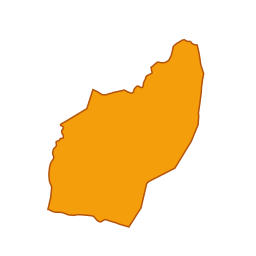 Caridad, Valle, Honduras (Albers equal-area conic projection), rotated 104°
{"feature_id": "27666195B77015637320307", "entity_name": "Caridad", "entity_type": "district", "adm_level": 2, "iso_a3": "HND", "parent_name": "Honduras", "parent_adm1": "Valle", "projection": "albers", "projection_center": [-87.706, 13.817], "detail": "fine", "context": "isolated", "style": "filled", "palette": "amber", "viewbox_px": 256, "rotation_deg": 104, "n_neighbors": 0, "source": "geoboundaries", "source_scale": "gbopen_adm2", "svg_char_len": 5286}
<svg xmlns="http://www.w3.org/2000/svg" viewBox="0 0 256 256"><g transform="rotate(104 128 128)"><path d="M223.8,103.2L202.5,96.1L177.2,96.4L174.6,94.6L155.6,72.8L125.6,63.4L107.9,60.8L99.5,62.2L96.5,63.3L87.4,64.2L79.5,65.1L76.1,65.5L70.6,66.5L62.9,67.4L57.1,67.7L49.0,72.7L42.7,75.3L38.0,77.3L30.7,81.0L30.8,81.5L30.9,82.0L31.0,82.5L31.0,82.9L31.0,83.2L31.0,83.9L30.9,84.7L30.8,85.3L30.7,85.7L30.6,86.1L30.4,86.4L30.3,86.6L30.2,86.8L29.8,87.1L29.6,87.4L29.4,87.6L29.3,87.9L29.2,88.1L29.1,88.3L29.0,88.5L29.0,88.8L29.0,89.0L29.1,89.4L29.2,89.6L29.3,89.9L29.4,90.1L29.4,90.4L29.4,90.9L29.5,91.4L29.5,92.2L29.5,92.3L29.1,93.5L28.7,94.7L29.3,95.9L29.7,96.7L30.1,97.1L31.9,98.8L33.4,100.5L33.8,100.8L34.2,101.2L35.1,101.9L35.7,102.3L36.3,102.7L36.7,103.0L37.3,103.4L37.5,103.5L38.0,103.7L38.3,103.7L38.6,103.8L39.1,103.8L39.6,103.8L40.3,103.7L41.4,103.6L41.9,103.6L42.1,103.5L43.7,103.6L45.6,103.6L46.7,103.6L47.1,103.6L47.3,103.6L50.0,104.2L51.7,104.6L52.2,104.7L52.3,104.7L52.4,104.8L53.0,105.3L53.4,105.7L54.2,106.4L55.0,107.3L55.4,107.8L55.5,107.9L55.6,108.1L55.7,108.4L56.0,109.3L56.5,110.9L56.6,111.5L56.6,111.8L56.7,112.0L56.7,112.9L56.7,113.4L56.7,113.8L56.8,114.5L56.9,115.0L57.0,115.2L57.0,115.3L57.1,115.5L57.6,115.9L58.2,116.4L58.8,116.8L59.5,117.3L60.4,117.9L61.6,118.6L61.8,118.8L62.0,118.9L62.1,119.0L62.5,119.4L62.8,119.7L63.0,119.9L63.2,120.0L63.4,120.2L63.7,120.3L63.9,120.3L64.0,120.3L64.1,120.2L64.2,119.9L64.3,119.8L65.8,119.3L66.7,119.0L66.9,118.9L67.0,118.8L67.4,118.5L67.6,118.4L68.0,118.2L68.4,118.1L68.6,118.0L68.9,118.1L69.0,118.1L69.3,118.3L69.5,118.5L69.9,119.0L70.3,119.5L71.3,120.6L71.8,121.1L72.0,121.5L72.2,121.8L72.4,121.9L72.5,122.1L72.8,122.4L73.1,122.6L73.3,122.7L73.5,122.8L73.8,122.9L74.1,123.0L74.4,123.0L74.6,123.0L74.8,123.0L75.0,123.0L75.5,122.9L75.8,122.9L76.3,123.0L77.2,123.2L77.5,123.3L79.0,123.6L79.6,123.6L79.9,123.7L81.0,123.8L81.4,123.8L81.7,123.7L82.1,123.6L82.7,123.6L83.2,123.5L83.6,123.5L83.9,123.5L84.2,123.6L84.7,123.6L84.9,123.7L85.0,123.8L85.3,124.1L85.4,124.3L85.5,124.5L85.5,125.1L85.5,125.4L85.4,125.8L85.3,126.5L85.2,126.9L85.0,127.5L85.0,127.8L84.9,128.1L84.9,128.4L85.0,128.7L85.0,128.9L85.1,129.1L85.2,129.3L85.4,129.4L85.6,129.6L85.9,129.9L86.6,130.3L87.5,130.8L87.9,131.0L88.4,131.3L88.5,131.3L89.7,131.4L91.0,131.5L91.9,131.7L92.4,131.7L92.5,131.8L92.8,132.0L93.0,132.2L93.1,132.4L93.2,132.5L93.3,132.9L93.4,133.3L93.4,133.6L93.4,134.0L93.3,134.5L93.2,135.2L93.1,135.5L93.1,135.9L93.1,136.7L93.0,137.1L93.0,137.3L93.0,137.6L92.9,137.8L92.6,138.5L92.5,138.9L92.3,139.4L92.3,139.8L92.2,140.3L92.2,140.9L92.3,141.2L92.3,141.5L92.6,142.0L93.1,142.5L93.3,142.8L93.5,143.2L93.6,143.5L93.7,143.9L94.0,144.6L94.2,145.0L94.7,146.0L95.4,147.3L95.7,147.8L96.1,148.7L96.5,149.8L96.9,150.4L97.0,150.8L97.3,151.1L97.4,151.3L97.9,152.0L98.2,152.3L98.3,152.5L98.5,152.9L98.7,153.2L98.8,153.5L99.1,154.3L99.3,154.6L99.5,155.0L99.8,155.4L100.2,156.0L100.4,156.3L100.7,156.8L100.9,157.1L101.1,157.6L101.3,158.1L101.5,158.7L101.6,159.1L101.7,159.5L101.7,159.9L101.8,160.3L101.8,160.6L101.8,160.9L101.8,161.1L101.8,161.5L101.7,161.8L101.6,162.2L101.4,162.9L101.0,163.9L100.8,164.6L100.2,166.6L100.0,167.4L99.9,167.8L99.8,168.5L99.4,170.4L99.2,171.3L119.2,172.6L137.9,191.3L138.6,192.1L139.4,193.0L140.0,193.6L140.2,193.8L140.5,194.0L140.8,194.2L141.0,194.3L141.4,194.2L141.5,194.2L141.8,193.8L141.9,193.6L142.0,193.4L142.0,193.2L142.0,192.9L142.0,192.7L142.1,192.3L142.2,191.9L142.4,191.7L142.5,191.5L142.6,191.4L142.8,191.2L143.1,191.0L143.2,190.9L143.4,190.9L143.6,190.8L143.8,190.8L144.2,190.8L144.4,190.9L144.8,190.9L145.0,191.0L145.4,191.2L145.9,191.4L146.1,191.5L146.3,191.6L146.5,191.6L146.8,191.6L147.1,191.5L147.4,191.5L147.8,191.3L148.1,191.2L148.4,191.1L148.9,190.8L149.2,190.5L149.6,190.3L149.7,190.2L149.8,190.0L149.9,189.8L150.0,189.5L150.1,189.4L150.9,189.1L152.5,188.5L152.6,188.4L152.8,188.4L153.0,188.4L153.3,188.4L153.4,188.5L153.6,188.7L153.7,188.8L153.8,188.9L153.8,189.0L154.0,189.7L154.1,190.0L154.2,190.4L154.3,190.7L154.4,190.9L154.5,191.1L156.1,191.4L156.2,191.5L156.7,191.9L157.1,192.4L157.4,192.8L157.6,193.1L158.0,193.6L158.2,193.9L158.4,194.0L158.5,194.2L158.7,194.3L158.8,194.3L159.0,194.4L159.4,194.3L159.8,194.1L160.1,194.0L160.9,193.7L161.1,193.5L161.4,193.5L161.7,193.4L162.0,193.3L162.6,193.3L162.8,193.3L163.2,193.4L163.4,193.5L163.8,193.7L164.0,193.8L164.4,193.9L165.1,194.4L165.4,194.6L165.8,194.8L166.0,194.9L166.3,195.0L166.5,195.1L166.8,195.1L167.2,195.2L168.2,195.2L168.7,195.2L169.6,195.1L170.3,195.1L170.7,195.0L170.9,194.9L171.6,194.6L171.9,194.4L172.4,194.1L172.9,193.9L173.1,193.6L173.4,193.4L173.5,193.3L173.8,193.1L174.1,193.0L174.3,192.9L174.6,192.9L174.9,192.8L175.2,192.8L175.6,192.9L176.1,193.0L176.6,193.2L177.2,193.3L177.4,193.4L178.1,193.7L180.3,194.4L182.3,194.6L185.0,194.6L188.0,194.2L190.4,193.9L193.0,193.3L195.8,192.4L198.8,191.3L201.9,189.1L203.8,187.7L214.1,186.2L226.3,186.0L226.2,185.7L226.8,183.1L227.1,181.5L227.3,179.8L227.2,177.9L226.4,174.2L225.9,171.5L226.7,164.9L225.9,159.5L224.6,156.8L223.7,153.5L223.1,149.9L222.2,144.1L221.9,140.9L222.7,138.9L223.5,137.9L225.0,135.8L225.7,134.1L225.8,132.1L225.0,130.9L224.0,130.0L222.4,128.3L222.4,126.0L222.8,120.7L222.9,116.5L223.4,113.2L223.8,103.4L223.8,103.2Z" fill="#f59e0b" stroke="#b45309" stroke-width="1.5"/></g></svg>